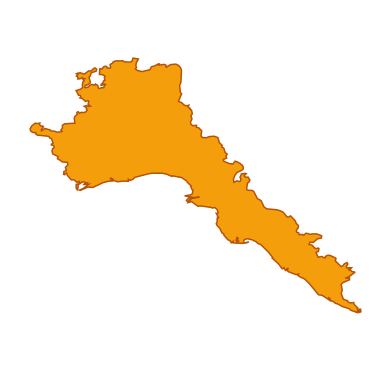 Andhra Pradesh, Equal Earth projection, rotated 83°
{"feature_id": "IND-2441", "entity_name": "Andhra Pradesh", "entity_type": "State", "adm_level": 1, "iso_a3": "IND", "parent_name": "India", "parent_adm1": "", "projection": "equal_earth", "projection_center": [79.939, 15.897], "detail": "fine", "context": "isolated", "style": "filled", "palette": "amber", "viewbox_px": 384, "rotation_deg": 83, "n_neighbors": 0, "source": "natural_earth", "source_scale": "10m", "svg_char_len": 5946}
<svg xmlns="http://www.w3.org/2000/svg" viewBox="0 0 384 384"><g transform="rotate(83 192 192)"><path d="M176.4,303.5L175.3,299.8L171.7,293.3L171.4,298.5L170.9,298.1L170.8,295.9L170.0,294.9L169.9,296.6L168.5,298.5L168.7,299.6L170.9,304.1L174.4,304.7L175.8,305.7L173.8,306.5L170.3,306.0L170.5,303.5L167.9,302.5L167.7,303.2L168.6,304.9L165.6,307.5L165.2,310.4L160.2,313.8L158.2,313.9L158.1,315.0L159.3,316.3L158.8,317.3L156.0,316.6L155.5,314.1L152.0,314.6L149.9,311.8L147.4,312.1L146.3,317.3L144.9,318.4L142.6,321.5L140.4,320.7L137.2,325.6L134.3,326.0L132.0,325.1L131.5,323.8L130.2,323.3L129.1,323.6L128.1,325.9L127.5,325.8L126.6,323.9L121.9,325.0L121.2,326.5L119.7,327.1L119.1,328.1L116.7,338.6L115.2,340.2L114.0,339.8L113.6,342.5L112.1,344.6L109.7,345.0L106.9,343.1L104.5,339.1L105.2,337.6L105.0,334.6L106.5,335.1L107.9,334.3L108.4,332.1L109.0,331.6L111.9,334.0L112.9,334.0L112.2,332.0L110.9,330.7L113.0,325.4L114.4,324.1L114.8,321.2L116.0,319.0L116.4,314.7L115.9,313.5L114.6,314.6L112.6,312.8L109.9,312.5L108.8,310.0L109.4,299.8L104.7,299.9L103.0,299.3L101.0,296.6L98.9,296.6L98.5,295.0L100.2,294.3L99.4,292.1L100.0,290.1L99.4,287.3L97.7,286.0L96.6,286.8L95.2,286.7L93.8,288.5L93.4,286.2L94.5,284.4L94.4,282.3L92.3,284.5L89.3,283.3L88.6,284.4L89.2,286.6L85.8,289.6L84.9,291.8L83.9,290.8L83.0,290.9L82.3,291.5L82.2,292.8L77.2,294.7L76.4,290.1L75.1,287.9L71.7,287.7L69.2,286.7L68.4,285.6L67.0,286.4L66.5,284.7L65.8,286.6L65.0,287.2L65.9,288.5L66.0,291.5L63.7,291.4L62.9,292.6L61.3,290.9L60.6,292.3L60.2,291.5L60.0,288.4L61.9,284.6L59.3,280.0L59.5,277.4L57.1,274.0L57.2,272.9L58.6,271.6L60.4,272.5L61.4,277.4L64.4,278.9L65.5,280.3L70.1,279.5L71.7,280.0L73.1,283.4L73.2,284.9L75.1,285.7L75.6,285.1L75.1,282.0L74.0,280.8L73.0,278.1L74.2,275.5L73.0,274.7L74.7,272.6L77.4,272.2L78.0,271.4L77.5,269.2L77.7,266.8L76.2,266.4L75.0,264.7L74.1,265.8L75.2,268.6L74.9,269.3L74.0,268.9L73.0,267.3L71.0,266.3L70.6,264.8L68.1,265.1L66.3,264.3L64.5,266.9L64.1,269.6L58.4,268.4L58.9,266.2L57.0,264.6L56.6,262.5L57.2,261.3L58.4,261.2L59.2,258.5L58.5,257.6L55.5,257.8L54.3,255.0L53.1,254.2L52.6,251.6L53.4,244.5L54.7,243.1L55.5,237.1L55.1,235.9L51.9,234.1L53.5,229.0L57.0,231.5L59.9,232.4L61.5,231.8L62.9,233.2L64.8,231.3L66.4,226.8L65.5,218.9L62.7,216.9L62.3,213.8L60.7,209.6L60.9,208.9L61.9,209.7L62.1,209.4L61.9,204.6L62.3,203.1L63.2,202.3L64.6,202.7L64.9,202.1L62.9,197.7L63.1,192.4L64.5,190.2L67.0,188.3L69.9,187.6L81.6,189.6L85.0,191.3L91.6,191.4L93.2,190.3L100.4,194.4L101.8,191.7L105.1,188.8L105.8,186.2L105.4,184.6L107.3,185.4L108.8,183.7L109.2,184.0L110.8,182.5L114.3,182.1L116.4,183.8L119.4,183.1L122.5,185.0L124.5,184.8L126.2,183.3L126.4,179.4L128.2,179.8L129.1,177.5L132.5,174.9L137.4,176.2L139.1,175.4L139.9,171.0L139.1,168.2L139.3,163.3L141.1,159.7L146.4,158.8L149.4,156.4L151.0,156.9L152.5,155.1L156.9,154.2L158.7,152.4L160.6,154.0L162.6,153.5L163.5,156.9L165.2,156.9L168.2,151.8L169.2,147.9L166.7,145.6L167.1,144.2L169.4,140.9L172.0,138.5L174.3,138.0L175.5,138.5L176.4,139.7L178.1,144.8L180.4,147.2L184.3,149.3L187.5,149.3L186.4,146.1L187.4,143.9L187.1,142.7L185.0,141.8L183.2,142.6L180.0,140.7L180.0,136.7L180.5,135.9L182.0,138.1L182.9,137.9L183.9,136.8L184.1,134.5L187.2,133.1L189.0,134.1L190.0,135.9L195.5,137.4L196.5,137.1L197.2,135.8L197.7,132.3L199.0,130.6L206.5,127.9L208.9,124.5L215.6,122.3L217.8,119.9L220.0,109.8L221.4,106.7L223.2,103.9L228.3,100.7L228.7,99.3L227.7,97.1L233.4,92.9L235.9,92.4L237.6,90.9L239.3,90.5L240.7,91.1L242.4,92.9L244.4,93.2L245.7,91.0L247.5,90.8L247.5,87.7L248.6,86.4L246.9,84.2L246.9,83.3L248.6,79.3L248.2,77.8L248.8,73.3L251.2,68.7L253.4,69.1L253.8,73.2L256.8,77.7L256.3,81.2L258.3,82.2L259.3,79.4L262.8,76.8L263.3,75.6L263.1,73.4L263.6,72.9L266.5,73.8L266.8,76.0L267.4,76.3L272.1,74.7L271.8,71.3L273.6,68.4L273.3,67.5L272.3,67.5L271.4,65.5L271.6,63.0L275.0,57.5L275.8,57.2L277.6,58.3L284.2,53.1L283.5,51.2L281.9,49.6L280.9,46.7L282.4,46.1L285.2,48.0L286.1,47.8L286.6,42.9L287.5,43.9L288.0,45.9L288.5,45.8L289.2,43.9L290.6,42.6L291.2,40.4L291.7,40.3L294.8,45.7L296.1,49.6L296.6,48.7L296.5,46.2L298.3,46.3L300.2,52.8L301.7,55.2L307.7,54.8L310.9,56.3L316.9,54.8L318.8,50.9L320.0,50.7L321.4,48.5L321.4,44.9L323.3,44.8L327.3,41.6L328.3,42.1L328.9,41.1L328.8,39.0L331.5,39.0L332.0,40.9L330.7,39.4L330.0,41.6L330.8,42.9L331.5,41.6L332.1,42.1L328.7,48.8L327.0,50.2L324.0,56.7L320.8,61.2L320.0,63.2L318.2,64.8L316.9,67.1L315.1,68.4L313.9,68.4L313.6,69.1L314.8,69.6L317.5,67.1L310.4,75.4L309.4,79.0L297.7,86.4L292.1,90.8L289.1,95.6L287.3,97.4L286.5,96.5L286.6,99.0L282.8,106.1L281.3,107.3L280.2,106.1L279.5,106.1L279.6,107.1L281.3,108.5L279.5,109.9L278.3,109.9L279.2,111.9L274.0,114.8L267.4,120.5L266.9,119.9L261.2,123.3L252.8,130.0L251.0,133.0L249.2,134.4L246.7,138.2L245.1,142.9L245.6,145.8L247.3,146.8L248.6,146.8L248.9,146.2L248.4,141.6L249.1,143.9L249.1,148.4L248.1,154.6L247.3,157.9L246.1,157.3L247.1,159.3L245.4,159.9L243.5,162.4L238.8,165.6L237.7,165.5L236.1,167.3L231.6,168.8L228.1,171.3L226.4,171.8L224.4,170.6L221.9,170.4L221.0,169.0L220.4,168.9L220.7,169.9L218.8,169.5L216.1,170.5L216.5,169.3L215.9,168.5L212.6,169.2L210.6,170.8L210.2,171.4L210.4,173.7L209.6,175.0L207.0,184.6L206.8,187.9L201.5,193.6L202.0,196.9L198.4,193.4L198.0,185.0L197.7,186.3L197.2,185.6L197.8,187.5L197.7,191.4L194.9,199.8L194.7,193.8L193.8,191.9L190.1,190.8L189.8,191.6L186.6,192.6L186.0,192.0L181.9,195.4L180.4,196.0L176.4,200.5L173.7,209.1L173.6,209.8L174.1,210.1L171.1,215.2L169.8,219.1L168.5,229.1L168.6,232.8L170.5,246.9L172.3,249.3L172.9,252.0L171.6,253.6L173.6,253.9L172.8,258.4L172.8,264.3L171.2,268.4L169.7,268.7L168.3,270.8L168.5,271.3L169.3,271.0L170.9,269.1L171.4,269.7L171.1,273.5L171.9,279.2L175.4,289.9L174.4,294.8L176.8,302.8L176.4,303.5ZM244.4,152.7L243.8,152.1L244.1,151.3L242.5,152.8L245.4,154.1L246.3,153.7L245.6,153.5L246.6,153.2L246.8,152.1L246.5,151.7L245.8,152.6L244.4,152.7ZM200.5,196.1L201.1,197.6L199.6,198.6L197.0,195.3L197.7,193.6L200.5,196.1Z" fill="#f59e0b" stroke="#b45309" stroke-width="1.5"/></g></svg>